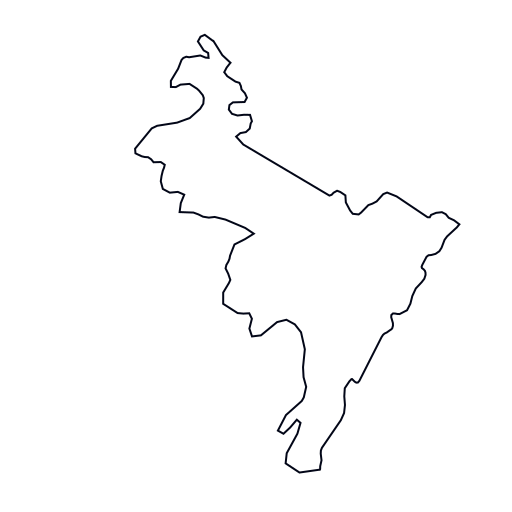 SVG path tracing the border of Ogun, rotated 211°
{"feature_id": "NGA-2852", "entity_name": "Ogun", "entity_type": "State", "adm_level": 1, "iso_a3": "NGA", "parent_name": "Nigeria", "parent_adm1": "", "projection": "natural_earth1", "projection_center": [3.522, 7.137], "detail": "fine", "context": "isolated", "style": "outline", "palette": "ink", "viewbox_px": 512, "rotation_deg": 211, "n_neighbors": 0, "source": "natural_earth", "source_scale": "10m", "svg_char_len": 2681}
<svg xmlns="http://www.w3.org/2000/svg" viewBox="0 0 512 512"><g transform="rotate(211 256 256)"><path d="M110.3,200.0L110.8,199.6L111.0,198.5L111.4,196.7L111.8,188.4L108.0,181.1L103.0,174.1L99.6,166.7L98.7,158.9L99.1,152.4L100.7,125.6L100.2,122.7L98.7,119.9L94.6,114.6L92.7,108.9L91.3,106.4L91.2,105.7L92.3,104.9L107.2,92.8L123.8,93.5L128.1,102.8L129.0,125.0L131.9,135.9L136.7,136.7L138.4,126.5L140.9,117.8L147.3,117.6L148.4,135.1L142.1,155.3L142.2,159.4L145.6,169.7L152.8,176.6L158.4,184.9L166.1,201.2L178.1,213.8L187.5,217.4L197.1,217.0L203.9,210.2L210.9,190.5L218.0,185.0L224.3,190.4L227.2,200.1L232.3,203.4L237.2,200.1L242.4,197.6L259.5,198.1L265.3,207.8L265.3,218.9L265.7,222.3L270.7,226.5L275.7,229.7L276.8,233.1L276.8,236.9L277.3,240.0L278.4,242.9L280.4,254.8L274.1,264.8L269.4,274.0L279.7,274.5L300.9,271.5L311.5,268.2L316.2,264.6L321.7,262.4L326.8,262.0L332.0,261.0L344.1,254.3L347.7,262.6L349.1,271.6L356.0,270.7L362.5,265.9L370.4,265.5L376.1,271.0L378.2,276.0L379.8,281.1L380.3,284.3L381.2,287.2L386.0,287.5L392.1,283.6L395.7,284.9L399.4,285.1L402.2,283.6L405.3,282.6L412.2,281.9L414.9,285.7L411.1,311.7L407.8,316.7L392.3,329.7L383.8,340.2L379.7,353.4L379.6,359.4L382.1,364.5L384.4,366.4L389.9,368.4L392.7,369.0L401.6,369.3L409.0,364.0L411.7,359.5L416.0,357.1L419.2,362.3L419.2,376.4L420.8,385.7L420.3,388.3L418.4,390.9L415.7,391.9L407.0,399.2L401.4,400.1L398.7,401.4L401.6,405.4L406.7,405.3L416.3,410.0L416.5,415.4L413.8,419.2L403.5,418.2L403.3,418.4L388.3,410.8L377.4,408.5L377.5,408.0L378.2,402.5L377.9,397.2L373.2,395.3L363.4,394.9L359.4,395.9L356.5,393.9L354.2,391.3L349.3,389.8L345.3,387.0L345.1,382.1L354.9,375.8L356.5,371.7L354.7,367.5L349.8,365.5L344.2,366.9L339.0,370.9L333.8,373.9L328.9,369.4L328.8,366.9L327.0,362.0L328.5,357.0L332.7,353.3L334.5,348.1L324.3,345.0L224.2,345.6L222.7,347.4L222.1,350.2L220.1,353.7L216.7,354.3L210.6,354.0L206.6,348.2L198.8,343.5L194.8,342.0L189.4,344.5L188.3,347.3L185.9,357.5L183.2,360.8L180.7,364.9L178.8,374.6L176.3,377.9L166.2,379.5L128.9,377.6L127.0,378.7L127.1,381.4L123.8,385.8L119.2,389.3L114.9,389.6L110.5,388.0L104.7,388.6L99.0,388.0L98.0,387.9L98.6,383.8L99.2,381.9L102.3,371.2L102.7,367.0L101.2,358.6L101.3,354.5L103.2,350.3L106.3,347.1L108.5,345.5L109.4,343.2L108.9,334.1L108.5,332.0L107.5,331.1L105.4,330.9L103.6,330.3L102.2,329.1L100.9,327.1L100.0,323.2L100.5,318.9L102.3,310.5L101.4,302.2L99.1,294.6L98.6,287.3L103.0,280.2L105.0,279.1L107.2,278.3L109.0,277.3L109.6,275.1L108.6,273.2L104.1,269.0L102.7,266.8L102.0,264.2L102.2,262.9L102.9,261.5L104.5,257.8L105.9,255.7L106.5,253.8L106.6,251.1L103.1,202.2L103.5,200.0L104.8,199.1L106.6,199.1L110.3,200.0Z" fill="none" stroke="#020617" stroke-width="2"/></g></svg>